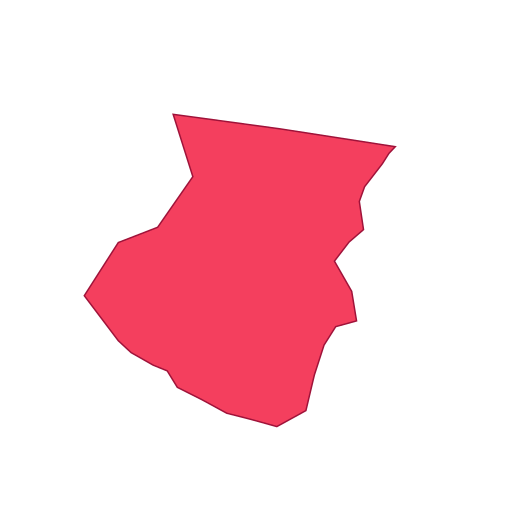 Skouriotissa, Nicosia, Cyprus, rotated 335°
{"feature_id": "46923920B57075866943950", "entity_name": "Skouriotissa", "entity_type": "district", "adm_level": 2, "iso_a3": "CYP", "parent_name": "Cyprus", "parent_adm1": "Nicosia", "projection": "albers", "projection_center": [32.884, 35.094], "detail": "fine", "context": "isolated", "style": "filled", "palette": "rose", "viewbox_px": 512, "rotation_deg": 335, "n_neighbors": 0, "source": "geoboundaries", "source_scale": "gbopen_adm2", "svg_char_len": 551}
<svg xmlns="http://www.w3.org/2000/svg" viewBox="0 0 512 512"><g transform="rotate(335 256 256)"><path d="M83.6,219.4L95.4,274.6L102.0,290.8L116.7,311.5L127.0,322.6L129.2,341.8L146.2,363.3L163.1,386.2L178.2,398.5L182.9,402.4L202.8,419.4L235.9,417.2L254.4,393.8L258.7,388.4L280.0,365.5L298.4,353.7L319.7,357.3L327.8,328.5L324.9,293.8L346.2,282.7L364.6,277.5L372.7,250.2L383.7,239.1L409.5,225.8L419.8,219.2L428.4,215.8L332.1,151.3L240.8,92.6L232.3,157.4L179.0,188.4L136.9,185.6L83.6,219.4Z" fill="#f43f5e" stroke="#9f1239" stroke-width="1.5"/></g></svg>